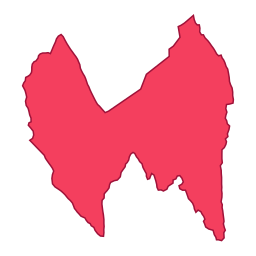 Abaíra, Bahia, Brazil
{"feature_id": "56859067B19610655548687", "entity_name": "Abaíra", "entity_type": "district", "adm_level": 2, "iso_a3": "BRA", "parent_name": "Brazil", "parent_adm1": "Bahia", "projection": "equal_earth", "projection_center": [-41.741, -13.298], "detail": "fine", "context": "isolated", "style": "filled", "palette": "rose", "viewbox_px": 256, "rotation_deg": 0, "n_neighbors": 0, "source": "geoboundaries", "source_scale": "gbopen_adm2", "svg_char_len": 3328}
<svg xmlns="http://www.w3.org/2000/svg" viewBox="0 0 256 256"><path d="M224.1,237.9L223.8,232.7L225.3,230.2L224.3,227.5L223.4,223.8L224.0,221.3L223.7,218.5L223.2,214.7L222.7,210.6L222.1,207.5L222.3,204.7L221.1,201.8L221.9,197.2L222.0,193.3L221.6,190.3L221.8,187.3L221.6,184.1L221.6,180.7L221.6,177.2L221.3,173.8L221.2,170.4L220.3,165.7L222.3,162.8L221.9,158.7L221.9,153.7L222.0,149.7L224.3,147.6L225.9,144.4L226.5,141.7L225.4,138.9L227.9,136.6L227.4,133.8L229.0,129.4L229.6,126.0L227.3,123.8L226.7,120.8L225.3,118.3L225.9,115.2L226.9,112.1L225.8,108.7L226.5,104.5L229.8,104.0L233.0,103.1L233.4,99.7L232.7,95.7L232.7,92.1L232.1,88.0L230.5,84.6L229.5,81.5L229.2,77.5L228.5,73.3L227.7,69.1L226.1,66.5L224.9,62.7L223.6,59.9L222.1,57.9L221.1,55.1L218.6,55.8L216.7,54.0L214.7,50.4L213.4,48.3L211.6,45.9L209.8,43.3L207.9,40.8L205.0,37.8L203.4,34.8L201.4,34.8L199.7,31.9L199.9,28.2L199.3,24.9L197.2,24.9L195.5,23.0L194.2,19.6L193.4,15.4L184.4,23.1L181.0,25.3L178.2,26.6L180.0,37.3L174.8,44.2L173.4,46.1L169.1,49.2L169.2,56.4L146.4,74.3L142.8,83.7L140.7,89.1L108.5,111.2L105.1,112.6L101.9,109.0L99.5,106.2L97.6,104.5L96.3,102.4L94.9,99.8L92.9,95.8L91.3,92.6L89.9,89.5L88.7,86.5L87.6,84.6L86.6,81.6L85.7,78.9L84.6,76.3L82.9,73.5L81.5,70.8L80.4,68.3L79.8,64.6L78.6,61.9L77.5,59.2L76.0,56.8L74.2,54.4L72.5,52.0L70.5,49.3L68.7,46.5L67.0,43.8L65.0,40.2L63.2,36.7L61.1,34.5L58.4,36.1L56.5,38.8L55.4,42.1L54.0,45.1L53.0,47.4L51.9,50.1L50.4,53.6L48.1,52.7L45.7,53.0L42.8,53.0L40.2,53.9L38.6,55.6L38.0,58.2L36.0,60.9L34.0,61.8L32.3,64.1L31.8,67.1L31.8,69.8L31.5,72.4L29.9,74.9L28.1,76.2L25.7,77.4L25.3,80.7L23.7,83.0L22.6,85.8L24.0,88.4L25.1,90.6L26.0,93.9L26.7,97.1L25.5,101.2L26.2,105.4L28.1,108.3L29.0,111.6L29.7,114.9L31.0,118.1L31.1,121.8L29.0,122.8L28.3,125.2L30.7,128.0L33.2,131.2L33.7,135.0L32.6,138.4L29.8,140.3L44.3,155.3L45.4,158.2L46.8,160.3L48.7,163.0L50.7,165.7L52.4,168.2L53.7,171.0L52.4,174.8L51.9,178.5L52.5,183.8L55.0,186.9L57.6,188.6L59.4,189.8L61.2,191.1L63.4,193.1L65.1,194.8L66.7,196.8L68.2,198.6L70.4,200.6L72.4,203.0L73.6,206.0L74.5,208.5L75.9,210.2L77.2,212.0L78.9,213.8L80.9,216.1L82.8,217.0L84.9,217.9L86.3,220.4L88.1,222.6L90.2,223.6L91.2,225.7L93.9,227.4L95.1,230.4L97.6,233.7L100.4,236.0L103.5,236.3L103.9,232.6L103.8,229.6L104.1,226.5L103.9,223.6L103.9,219.6L103.4,214.8L102.8,211.3L102.4,208.1L101.9,204.0L102.1,200.3L104.1,198.0L104.2,193.9L105.6,192.2L107.0,190.7L109.0,188.0L109.6,184.6L110.6,182.4L114.2,180.7L117.4,180.0L120.3,176.8L121.1,172.4L123.2,169.4L125.1,166.8L125.6,164.0L127.1,162.6L128.7,160.0L129.3,156.9L130.7,154.1L133.0,152.4L134.8,153.5L136.5,156.8L138.1,158.7L139.7,161.6L142.0,163.8L143.0,167.5L144.8,170.9L146.4,173.8L146.4,176.3L147.6,179.3L149.6,178.6L150.6,175.9L151.7,173.5L154.0,175.1L155.8,180.8L156.7,184.5L157.0,187.3L158.3,190.1L161.1,189.9L163.4,191.0L166.9,189.2L168.2,186.2L170.2,184.9L173.0,183.1L173.1,180.0L175.9,178.9L177.3,176.0L179.8,175.6L181.9,178.2L183.3,181.9L181.7,184.3L179.0,185.7L179.8,188.7L182.5,190.2L185.5,190.2L186.5,192.9L187.6,196.0L188.5,198.7L190.8,201.0L192.6,203.2L193.9,206.3L194.4,209.0L195.9,212.3L198.1,210.1L200.9,211.7L202.1,214.1L203.7,216.3L204.9,219.2L203.5,221.3L204.6,223.8L205.7,227.0L208.7,229.0L213.1,230.3L214.3,234.7L215.9,237.3L216.5,239.8L218.5,239.8L221.6,240.6L224.1,237.9Z" fill="#f43f5e" stroke="#9f1239" stroke-width="1.5"/></svg>